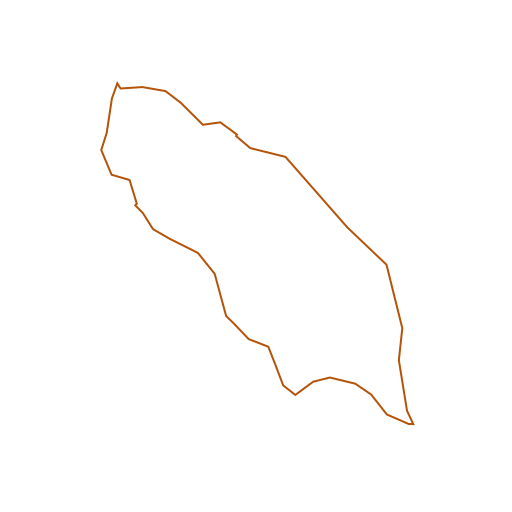 the district of Örkelljunga, Skåne, Sweden, rotated 76°
{"feature_id": "70781695B2310974409616", "entity_name": "Örkelljunga", "entity_type": "district", "adm_level": 2, "iso_a3": "SWE", "parent_name": "Sweden", "parent_adm1": "Skåne", "projection": "robinson", "projection_center": [13.368, 56.334], "detail": "fine", "context": "isolated", "style": "outline", "palette": "amber", "viewbox_px": 512, "rotation_deg": 76, "n_neighbors": 0, "source": "geoboundaries", "source_scale": "gbopen_adm2", "svg_char_len": 698}
<svg xmlns="http://www.w3.org/2000/svg" viewBox="0 0 512 512"><g transform="rotate(76 256 256)"><path d="M54.9,348.8L68.3,357.7L100.5,371.1L115.7,380.5L142.2,376.5L151.7,360.3L176.4,359.0L177.6,360.9L186.9,355.4L205.1,349.4L218.4,335.6L239.0,311.6L263.3,300.4L307.0,299.5L316.0,293.9L316.7,293.5L334.9,283.2L347.0,266.0L366.4,263.5L388.2,260.9L400.3,251.5L391.8,230.9L391.8,213.7L403.9,190.6L418.4,177.7L441.4,167.4L455.9,148.6L457.1,144.1L442.6,146.9L391.7,142.6L361.7,131.6L361.4,131.5L296.0,131.5L250.3,160.5L167.0,203.4L149.9,235.5L134.8,246.3L133.6,245.1L117.7,258.3L115.8,275.8L89.2,291.9L74.1,303.9L64.6,325.4L60.7,346.9L54.9,348.8Z" fill="none" stroke="#b45309" stroke-width="2"/></g></svg>